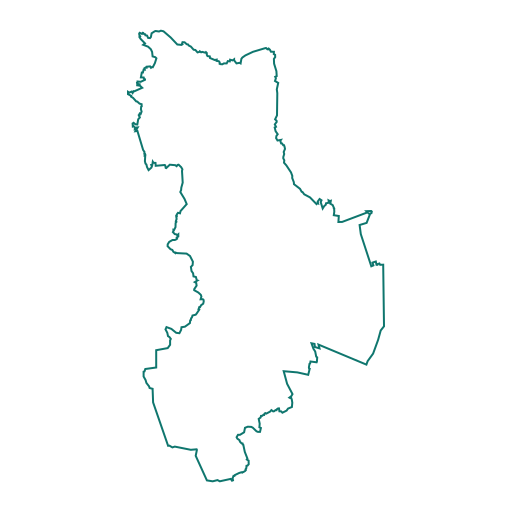 the district of Villa Corona, Jalisco, Mexico
{"feature_id": "50627088B54593739216200", "entity_name": "Villa Corona", "entity_type": "district", "adm_level": 2, "iso_a3": "MEX", "parent_name": "Mexico", "parent_adm1": "Jalisco", "projection": "albers", "projection_center": [-103.727, 20.389], "detail": "fine", "context": "isolated", "style": "outline", "palette": "teal", "viewbox_px": 512, "rotation_deg": 0, "n_neighbors": 0, "source": "geoboundaries", "source_scale": "gbopen_adm2", "svg_char_len": 5988}
<svg xmlns="http://www.w3.org/2000/svg" viewBox="0 0 512 512"><path d="M278.2,82.9L275.0,81.0L275.9,78.2L275.2,76.8L276.7,76.1L276.4,71.2L274.1,63.7L273.9,58.9L275.2,57.1L275.1,54.8L273.8,54.1L273.9,51.8L270.9,51.7L269.9,49.7L268.6,48.5L268.1,48.8L268.6,49.3L267.4,49.3L266.0,48.0L264.7,48.3L253.0,51.8L245.4,55.4L242.4,57.5L241.4,58.8L240.6,63.4L239.6,62.8L236.5,63.4L234.1,60.3L234.1,59.3L232.6,60.4L230.1,59.7L229.8,61.4L227.8,61.1L226.7,63.4L223.9,63.4L222.3,64.3L220.2,64.1L219.6,63.8L219.7,62.4L218.8,61.2L216.6,60.9L216.7,59.6L214.7,60.0L210.0,58.0L209.8,56.4L207.5,56.1L206.8,54.8L206.8,53.0L205.9,52.1L205.3,52.7L202.3,51.9L201.1,52.3L199.8,51.3L199.4,51.9L197.5,52.4L195.4,50.0L193.6,49.7L190.9,46.6L188.7,45.5L188.1,44.5L186.7,44.2L184.6,42.3L182.5,42.2L182.0,43.8L182.4,44.3L181.5,44.9L177.3,44.5L170.7,37.5L163.5,31.3L160.9,30.7L159.0,31.5L155.7,31.0L154.7,31.3L151.6,33.3L150.9,37.0L150.0,38.1L148.1,37.9L147.1,35.6L145.4,35.3L145.2,34.3L144.0,34.0L143.2,32.9L142.7,32.8L142.0,33.9L139.7,32.8L139.2,33.5L139.3,35.0L140.2,36.3L139.4,37.0L140.7,39.0L145.0,43.4L143.2,44.8L148.1,46.7L150.8,49.2L152.1,51.9L152.6,56.4L155.3,57.2L156.4,58.3L154.9,63.1L152.8,67.2L152.1,67.0L151.0,67.8L150.1,66.4L146.7,66.7L146.6,67.7L145.6,67.5L144.4,68.3L144.8,69.7L143.6,69.7L142.9,72.5L141.8,72.5L140.9,77.4L143.7,77.5L144.1,78.9L145.0,79.3L145.0,79.8L140.7,81.8L137.6,81.5L137.6,82.3L137.0,82.6L137.2,83.8L140.6,84.5L137.3,84.0L137.2,85.3L140.0,85.7L142.2,87.8L134.1,91.4L133.5,91.2L132.6,93.0L131.6,91.6L129.3,92.6L128.0,91.8L128.0,94.2L131.2,95.8L131.0,96.6L133.1,97.9L136.2,101.4L137.3,101.6L139.5,103.6L141.6,104.2L141.7,106.3L141.2,106.6L140.9,109.2L141.6,111.6L140.7,113.9L139.8,113.4L139.1,114.7L139.4,115.4L138.9,115.5L139.8,117.5L138.2,119.3L137.3,124.5L135.4,124.3L133.6,122.8L132.6,123.5L132.8,126.3L133.4,125.9L134.9,127.6L134.8,129.0L136.1,128.1L135.8,127.6L137.7,127.4L135.5,131.2L137.4,130.9L143.1,149.9L144.5,152.0L144.3,153.8L145.1,154.0L145.4,155.0L144.6,155.9L145.2,156.3L144.9,161.2L145.5,163.6L146.4,164.5L147.0,167.0L148.6,170.1L151.3,167.7L151.9,166.5L151.3,165.0L152.3,164.9L152.8,161.7L153.5,162.8L155.5,162.9L155.7,165.8L164.7,165.0L165.2,165.3L165.7,167.9L166.2,168.1L169.8,164.7L175.3,165.2L176.6,166.2L177.6,164.9L178.6,164.7L181.2,167.2L182.4,169.3L182.0,170.9L182.7,182.6L181.3,187.7L181.1,190.1L180.3,192.0L184.5,198.9L186.7,204.1L180.5,211.1L180.0,213.3L178.0,212.8L176.7,214.6L176.8,216.1L176.2,216.1L176.6,219.0L175.8,221.3L176.4,221.9L175.6,223.0L175.5,227.1L174.1,229.9L173.4,229.7L173.4,231.3L172.9,232.1L174.8,234.1L176.4,234.4L177.2,235.2L178.3,234.3L178.3,236.5L176.7,237.5L177.1,238.7L176.0,239.5L174.8,240.0L172.5,240.0L169.2,241.9L167.7,244.3L167.6,246.2L170.5,249.2L172.3,249.9L173.4,251.8L175.4,253.1L175.6,252.6L177.1,253.1L186.6,253.6L190.0,256.0L192.9,261.7L192.6,265.1L190.9,266.9L191.5,271.0L193.1,273.3L193.5,276.4L195.9,277.0L196.8,280.3L197.4,280.5L194.8,282.1L196.2,282.9L196.6,285.6L194.2,289.2L194.2,290.2L198.3,292.5L200.8,294.8L201.4,296.5L200.6,299.3L202.8,299.2L203.6,300.0L203.7,301.6L203.2,303.7L201.1,305.2L200.0,307.2L199.3,307.1L198.5,309.3L199.2,309.7L196.6,313.6L195.7,314.7L192.5,315.5L191.9,317.5L191.1,318.3L190.8,320.2L190.2,320.4L189.9,323.1L184.9,326.7L181.5,327.2L181.1,329.9L179.4,333.2L176.2,332.8L171.4,328.9L166.5,327.1L165.5,329.4L167.3,332.8L168.0,336.1L169.4,337.0L170.8,338.9L170.1,340.4L170.1,344.8L167.7,348.1L156.2,350.2L156.2,367.5L145.3,369.0L144.5,371.4L143.6,371.7L143.6,376.5L145.6,380.1L146.4,382.9L149.1,386.4L149.6,388.0L152.6,388.8L153.1,402.4L168.1,445.8L169.3,445.6L172.4,447.4L174.8,446.6L190.8,449.8L196.6,449.3L196.9,449.9L195.7,455.8L206.9,480.4L212.7,481.3L217.5,480.1L219.8,481.3L230.7,478.9L232.0,480.7L233.0,480.3L232.6,478.3L233.5,475.9L234.5,475.9L234.8,475.1L239.1,473.0L241.3,472.3L242.1,472.6L242.4,472.1L243.3,472.1L245.2,470.9L245.9,470.0L245.5,469.3L246.3,468.2L246.5,465.8L247.5,465.6L248.7,464.2L248.6,460.6L246.8,459.5L247.4,458.5L244.8,451.9L243.3,444.8L242.6,444.4L242.6,443.5L241.3,443.1L239.9,441.6L239.5,440.2L237.3,438.6L236.6,437.2L238.0,434.8L240.0,434.8L244.1,432.3L245.0,427.8L247.8,426.7L251.3,426.9L252.8,427.7L256.5,431.3L258.0,431.9L260.0,431.9L260.9,428.0L259.4,427.3L259.7,423.7L258.7,418.9L260.6,417.5L261.0,415.9L262.3,415.8L263.4,414.8L264.2,414.9L264.6,413.6L265.3,413.1L266.3,413.6L270.1,411.6L271.4,410.1L273.2,411.4L274.2,411.2L275.5,410.1L276.5,410.2L276.8,409.3L278.1,408.4L279.0,408.4L279.4,411.3L281.2,411.4L282.4,412.7L286.6,410.6L288.0,408.6L291.9,407.0L292.3,402.7L291.8,399.6L291.1,397.6L290.1,398.0L289.4,397.6L291.2,396.3L292.5,394.1L287.1,383.8L283.7,371.2L297.4,372.4L308.2,374.8L309.7,368.8L309.1,368.6L308.9,367.4L309.5,363.8L310.1,363.5L310.5,361.5L316.6,362.3L316.9,361.6L317.2,357.4L316.2,356.6L315.2,351.5L313.4,348.7L311.5,343.3L314.5,343.9L314.9,347.0L319.5,348.4L318.5,344.6L366.4,364.6L367.6,361.2L373.1,353.6L378.1,339.9L380.7,330.5L384.0,326.3L383.2,264.7L380.1,264.8L379.4,263.5L377.9,264.0L377.5,264.8L376.5,264.8L375.8,261.5L372.5,262.6L373.4,265.4L371.3,266.3L360.8,234.1L359.6,225.0L366.6,222.9L369.9,214.4L369.2,213.8L371.4,213.2L371.8,211.6L371.2,211.0L366.3,211.2L367.4,212.4L342.2,221.9L338.4,222.0L338.8,216.0L333.8,215.2L334.3,211.7L334.1,208.4L333.2,207.8L333.9,207.9L332.7,205.1L330.3,203.7L330.8,200.8L329.1,201.4L329.5,200.9L328.6,200.4L329.0,202.7L326.0,203.3L325.8,204.7L324.2,206.1L322.7,208.5L320.7,202.1L321.5,200.3L319.6,199.0L317.7,201.6L318.1,203.5L317.3,203.2L316.5,204.1L310.0,197.4L304.2,194.3L302.5,192.0L301.7,191.8L300.0,188.8L294.0,184.2L293.8,182.1L292.2,178.0L292.3,175.9L291.0,172.4L286.3,165.3L284.0,162.7L284.3,160.3L283.3,158.4L283.3,157.0L284.2,154.0L283.7,152.0L285.0,148.9L284.5,146.5L284.0,145.2L283.2,145.2L282.1,143.5L281.1,143.4L280.3,140.8L280.9,139.9L277.5,140.5L276.1,138.1L276.4,136.0L277.7,134.2L275.6,131.2L274.7,127.5L276.0,126.8L274.8,124.4L276.7,121.9L276.6,120.8L275.1,119.3L277.0,115.4L277.3,93.1L276.8,89.4L278.2,82.9Z" fill="none" stroke="#0f766e" stroke-width="2"/></svg>